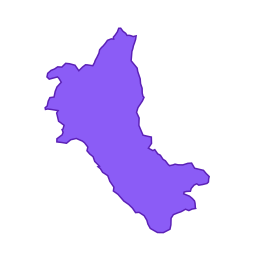 the district of Tsada, Paphos, Cyprus, rotated 12°
{"feature_id": "46923920B10097570546331", "entity_name": "Tsada", "entity_type": "district", "adm_level": 2, "iso_a3": "CYP", "parent_name": "Cyprus", "parent_adm1": "Paphos", "projection": "robinson", "projection_center": [32.485, 34.834], "detail": "fine", "context": "isolated", "style": "filled", "palette": "violet", "viewbox_px": 256, "rotation_deg": 12, "n_neighbors": 0, "source": "geoboundaries", "source_scale": "gbopen_adm2", "svg_char_len": 2077}
<svg xmlns="http://www.w3.org/2000/svg" viewBox="0 0 256 256"><g transform="rotate(12 128 128)"><path d="M46.5,82.8L43.8,85.6L40.8,87.6L38.1,91.2L38.1,94.9L40.8,96.6L48.4,92.7L50.0,93.7L53.2,97.1L50.0,102.6L49.2,107.2L49.2,113.1L45.3,114.5L44.4,118.3L44.4,123.2L42.7,125.4L43.4,127.0L45.5,126.1L49.4,125.8L56.0,125.5L55.1,128.2L58.7,135.8L64.9,138.6L64.6,142.6L63.8,143.2L65.4,145.7L65.0,148.4L60.7,153.3L61.3,156.4L65.5,156.0L71.0,155.7L74.4,151.4L79.6,149.0L86.2,150.3L88.6,151.5L92.7,155.0L92.6,158.8L96.0,161.4L99.8,163.3L102.4,167.6L108.0,171.3L106.7,172.1L109.4,173.5L112.4,176.6L118.1,178.8L119.5,181.0L121.3,183.9L126.5,188.8L126.8,192.7L130.3,194.2L132.1,195.0L139.2,200.4L144.5,202.6L149.0,205.4L153.0,209.2L156.4,208.2L162.0,210.4L165.6,214.3L167.5,217.9L170.7,221.6L176.3,223.4L178.6,224.1L184.3,223.0L190.1,218.3L190.1,213.9L188.9,207.3L190.4,203.3L194.4,200.6L197.1,199.0L198.8,197.6L201.1,195.5L204.7,196.1L207.5,194.0L210.9,192.6L210.5,192.1L209.2,187.6L208.2,185.5L205.6,183.6L202.3,181.9L196.2,180.8L196.2,179.0L198.4,177.9L202.2,176.9L202.4,174.0L204.5,170.1L206.8,168.3L209.1,169.2L212.7,167.8L216.8,165.8L217.9,164.1L217.5,161.2L217.5,158.6L213.9,156.3L210.6,153.7L205.9,153.6L201.5,153.5L197.5,149.1L193.9,150.1L189.3,152.7L184.7,153.6L181.5,153.6L179.6,154.8L176.5,156.2L174.7,155.2L171.4,152.3L168.7,151.3L165.3,147.9L162.4,147.1L158.7,143.6L157.0,144.9L152.1,143.5L154.2,138.2L152.7,132.0L148.4,132.0L144.2,131.9L141.3,127.8L138.1,123.2L136.8,115.9L133.1,110.9L133.5,106.0L135.3,101.5L136.5,98.4L137.3,94.7L136.0,93.7L134.7,91.0L133.5,86.1L131.1,82.1L129.7,77.4L125.7,70.6L124.5,67.5L117.1,61.6L115.9,52.3L116.2,49.4L116.2,46.4L116.6,43.8L117.0,39.9L116.8,36.2L114.0,37.5L111.7,37.1L110.0,37.1L107.7,37.6L106.1,35.9L102.9,34.4L100.1,31.9L98.2,32.4L97.6,36.2L96.1,39.8L94.8,42.2L95.5,44.0L93.1,44.3L89.7,46.5L88.2,50.0L86.6,53.0L85.4,54.7L84.0,57.4L84.0,60.9L82.9,65.4L81.9,68.6L81.6,71.2L80.6,74.4L75.2,74.7L73.3,75.0L70.9,77.8L68.0,82.2L63.1,77.6L57.4,77.3L53.6,77.7L50.6,82.2L46.5,82.8Z" fill="#8b5cf6" stroke="#5b21b6" stroke-width="1.5"/></g></svg>